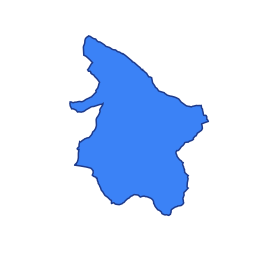 Bazna, Sibiu, Romania (Robinson projection), rotated 313°
{"feature_id": "2599482B54084390752294", "entity_name": "Bazna", "entity_type": "district", "adm_level": 2, "iso_a3": "ROU", "parent_name": "Romania", "parent_adm1": "Sibiu", "projection": "robinson", "projection_center": [24.243, 46.214], "detail": "fine", "context": "isolated", "style": "filled", "palette": "blue", "viewbox_px": 256, "rotation_deg": 313, "n_neighbors": 0, "source": "geoboundaries", "source_scale": "gbopen_adm2", "svg_char_len": 5762}
<svg xmlns="http://www.w3.org/2000/svg" viewBox="0 0 256 256"><g transform="rotate(313 128 128)"><path d="M110.9,219.9L111.3,219.7L111.7,218.9L112.6,218.0L113.2,217.2L113.4,216.7L114.4,215.9L115.4,215.6L115.7,215.4L116.6,215.0L117.2,214.8L117.7,214.1L118.7,213.1L119.1,212.9L119.6,212.9L120.3,213.0L125.1,213.0L125.0,212.2L125.1,211.7L125.4,211.2L126.7,210.1L128.7,208.5L129.9,207.8L131.9,206.5L132.2,206.1L132.5,205.3L133.0,204.9L133.6,204.6L134.3,204.5L134.1,203.3L134.2,199.6L135.1,198.9L135.7,197.8L135.9,197.6L136.2,197.6L136.6,196.5L137.0,195.7L137.6,195.0L138.2,193.4L138.6,192.8L139.2,192.4L140.3,192.0L139.9,190.5L140.3,189.6L140.0,187.3L140.4,184.7L140.7,183.3L141.4,182.2L142.2,180.4L142.7,179.8L143.9,179.2L144.8,179.1L145.4,179.9L145.8,180.0L146.7,180.2L148.5,180.1L150.4,179.8L151.0,179.8L152.7,180.1L154.0,180.0L154.7,179.9L155.8,179.5L156.1,179.5L157.4,180.4L158.8,181.7L159.3,181.8L159.9,181.8L162.6,183.2L163.9,183.5L164.5,183.5L165.0,182.8L165.5,182.6L166.8,182.7L167.7,182.6L168.6,183.1L170.0,182.8L171.6,182.2L172.9,182.7L173.5,182.7L176.4,183.3L177.5,183.0L178.2,182.9L178.6,182.3L179.0,182.1L180.4,180.3L181.0,179.2L181.3,179.1L184.3,180.5L187.5,182.2L188.0,181.4L188.2,180.6L188.1,179.6L188.5,179.4L190.1,177.7L190.1,177.2L190.4,176.7L190.2,176.1L189.4,175.4L189.0,174.7L189.5,173.7L190.6,172.3L191.8,170.4L192.6,169.6L192.8,168.4L192.9,168.1L194.4,166.2L194.1,166.0L192.9,164.6L192.1,163.9L191.1,162.6L188.9,161.2L188.0,160.5L186.6,159.9L185.9,158.7L185.9,158.4L185.5,158.1L185.2,157.6L184.0,155.6L183.2,149.2L183.8,145.5L183.6,144.5L183.0,142.5L182.4,141.0L181.1,138.5L180.1,137.0L179.2,135.2L178.7,134.0L178.7,133.6L178.7,133.1L178.4,131.6L178.5,130.4L176.1,125.5L176.1,124.7L176.7,122.2L176.4,120.2L176.6,119.9L176.9,119.2L177.4,117.3L177.6,116.0L177.7,115.9L177.8,115.3L178.0,115.1L178.0,114.9L178.7,114.0L180.9,111.0L180.5,109.6L179.5,108.1L179.8,107.4L180.1,106.0L180.5,104.9L180.7,104.1L180.5,103.1L180.5,99.6L180.2,99.6L180.1,99.4L180.1,99.2L180.7,98.7L180.1,98.2L180.1,96.9L180.3,96.2L180.4,95.5L180.2,93.4L180.1,88.1L179.8,86.9L179.5,86.4L179.4,86.0L179.4,85.6L179.7,85.4L179.7,85.0L179.3,76.8L178.9,73.7L178.6,73.8L178.1,72.2L177.8,70.2L177.6,69.8L176.9,68.7L176.7,67.7L176.6,65.7L175.3,63.9L174.8,62.8L174.7,62.1L174.5,60.6L174.2,59.4L172.9,56.7L172.6,56.1L172.7,53.9L172.2,50.8L171.7,48.6L171.0,48.0L170.6,46.7L170.7,45.1L170.9,44.3L171.0,43.7L170.8,43.3L169.9,41.8L169.5,40.0L169.3,38.1L168.8,37.2L168.7,36.6L168.4,36.3L167.7,36.5L167.1,36.1L166.8,36.0L165.8,36.0L165.3,35.9L164.5,35.9L162.8,36.7L160.9,38.2L159.9,38.8L159.2,39.1L157.7,39.6L156.7,40.2L151.1,46.0L151.8,48.2L151.9,50.3L151.9,53.9L151.6,57.5L149.7,57.5L144.9,58.6L143.0,58.8L143.0,59.1L142.9,59.5L142.6,60.2L142.7,60.6L143.6,61.6L143.7,61.9L143.4,62.7L143.0,63.1L143.1,63.5L142.8,63.8L143.0,64.4L142.9,64.8L142.8,65.1L143.3,66.4L143.4,67.0L143.2,67.4L143.1,68.2L142.9,68.8L143.0,69.6L142.9,70.2L142.9,71.4L142.1,76.0L140.1,76.8L138.6,77.7L136.6,78.6L133.5,78.9L132.6,80.2L129.2,80.1L128.5,80.2L127.0,80.0L126.2,80.2L124.7,79.5L122.9,78.9L120.9,78.0L119.6,77.6L118.0,77.3L116.8,76.9L116.2,76.6L115.3,75.9L114.5,74.6L114.1,74.2L112.4,73.0L111.5,72.5L110.8,71.6L109.8,71.1L109.2,70.7L108.6,69.8L108.3,68.7L108.0,68.3L107.5,67.9L107.1,68.3L106.2,68.9L105.3,70.1L104.8,70.6L103.6,73.8L104.2,74.3L104.6,74.7L105.4,77.0L105.6,77.8L105.3,80.1L105.4,80.4L106.1,80.7L107.7,82.9L108.3,83.4L108.9,83.6L109.4,84.1L110.8,84.6L112.7,84.9L116.8,86.2L118.2,86.6L119.0,87.0L120.4,88.3L126.2,91.5L127.3,92.5L128.1,92.8L128.8,93.0L128.2,93.4L126.9,93.9L125.8,94.1L125.0,94.3L123.2,94.6L122.4,94.9L121.9,95.1L121.5,95.7L121.4,96.0L120.6,96.5L118.8,97.3L116.5,97.9L114.2,98.2L112.9,98.7L112.2,99.2L109.5,102.0L108.5,103.0L107.8,103.5L105.6,104.6L103.2,105.1L102.7,105.1L101.5,104.9L100.7,105.0L100.1,105.4L99.3,105.6L98.7,105.9L97.9,106.0L94.8,106.1L94.2,105.9L92.6,104.7L91.9,104.5L90.9,103.9L90.4,103.7L89.2,103.6L88.1,103.2L87.4,103.1L86.8,103.0L85.8,102.9L85.1,102.5L84.9,102.3L84.9,102.1L84.3,102.6L83.6,102.8L82.1,103.8L81.7,104.3L81.1,104.8L80.6,104.9L79.7,104.8L79.4,104.9L78.9,104.8L78.3,104.9L78.0,105.4L78.2,105.7L78.2,106.3L78.3,106.6L78.6,106.8L78.0,107.0L77.6,107.4L77.6,107.7L76.5,108.3L75.5,109.1L72.6,111.8L71.9,112.3L70.7,113.1L68.6,114.1L67.4,114.2L65.9,114.8L65.6,114.7L65.7,114.2L64.8,114.2L64.5,114.4L67.4,118.5L71.1,124.2L73.2,128.1L73.3,128.4L73.2,128.7L73.3,129.7L73.0,130.8L73.1,131.4L73.0,131.7L72.5,132.0L71.7,132.9L71.2,133.3L69.9,133.7L69.4,133.9L69.0,134.3L69.1,134.6L69.3,135.0L69.2,135.6L69.4,136.4L70.1,138.0L69.7,139.3L69.8,139.7L70.0,139.8L69.7,140.1L69.2,140.9L68.6,141.6L68.1,142.9L67.2,144.0L67.0,144.6L66.9,145.5L65.9,147.6L65.7,148.4L64.4,150.7L64.2,151.8L64.2,152.7L63.7,154.6L63.1,156.6L63.0,157.3L63.3,159.2L63.5,160.6L63.4,161.6L63.4,162.6L63.3,163.9L63.6,164.8L63.7,165.2L63.5,165.5L61.7,167.2L61.6,167.4L61.6,167.5L62.4,167.8L63.3,168.3L63.5,168.5L63.7,168.9L63.6,169.8L63.8,170.8L64.5,171.9L65.8,173.7L66.3,174.1L68.6,175.3L69.8,175.4L70.8,175.8L71.9,175.8L72.7,175.7L75.6,175.9L76.3,176.0L77.1,176.5L79.5,176.6L80.4,176.8L81.3,177.3L83.0,177.7L83.6,178.0L84.1,178.8L84.6,179.3L85.8,181.1L85.9,181.8L85.9,184.1L87.5,184.9L88.7,185.8L89.3,186.4L89.8,187.7L90.3,188.2L90.8,189.0L91.7,191.4L92.1,192.3L92.3,193.5L92.3,194.8L92.2,195.5L91.8,196.5L91.1,197.5L90.5,198.0L89.9,199.7L89.2,201.2L89.0,202.3L88.5,205.5L89.1,207.1L89.2,207.9L89.3,209.1L89.3,209.6L88.6,211.2L88.7,211.7L89.0,212.8L89.7,214.4L90.8,215.2L91.4,216.4L91.5,216.7L91.6,217.0L91.9,217.3L92.1,217.5L93.1,217.6L93.7,217.9L94.0,217.8L94.6,217.4L95.8,216.9L96.1,216.7L96.7,216.0L97.1,215.8L97.8,215.5L98.3,215.5L99.9,215.8L101.9,216.3L102.9,216.7L103.9,217.4L105.0,217.7L107.5,219.7L109.4,220.1L110.9,219.9Z" fill="#3b82f6" stroke="#1e3a8a" stroke-width="1.5"/></g></svg>